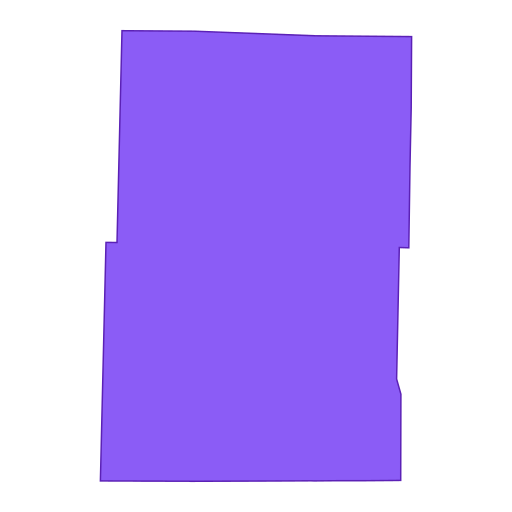 Howell, Missouri, United States of America
{"feature_id": "52423323B11820263063705", "entity_name": "Howell", "entity_type": "district", "adm_level": 2, "iso_a3": "USA", "parent_name": "United States of America", "parent_adm1": "Missouri", "projection": "robinson", "projection_center": [-91.877, 36.777], "detail": "fine", "context": "isolated", "style": "filled", "palette": "violet", "viewbox_px": 512, "rotation_deg": 0, "n_neighbors": 0, "source": "geoboundaries", "source_scale": "gbopen_adm2", "svg_char_len": 535}
<svg xmlns="http://www.w3.org/2000/svg" viewBox="0 0 512 512"><path d="M122.0,30.7L117.0,242.5L106.0,242.4L100.4,480.9L100.5,480.9L115.2,481.0L130.9,481.0L142.8,481.1L143.7,481.1L161.8,481.1L168.1,481.2L188.7,481.2L190.6,481.3L270.9,481.0L272.0,481.0L311.2,480.8L313.8,480.9L315.5,480.9L325.4,480.8L337.9,480.7L364.3,480.7L390.5,480.5L391.6,480.5L400.7,480.4L400.9,394.2L396.6,379.0L399.3,247.5L408.8,247.8L410.0,166.0L411.2,108.0L411.6,36.6L315.4,35.8L194.2,31.2L122.0,30.7Z" fill="#8b5cf6" stroke="#5b21b6" stroke-width="1.5"/></svg>